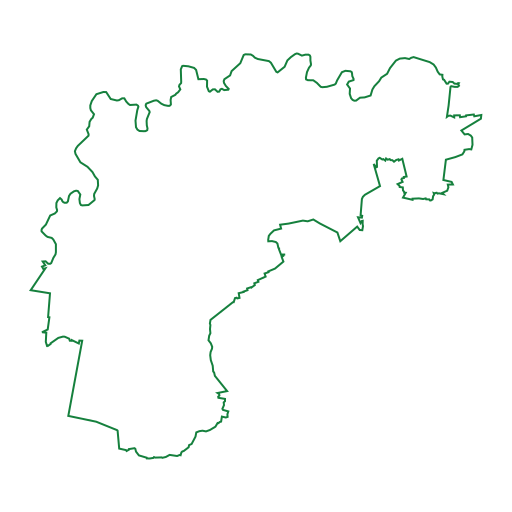 outline of José Sixto Verduzco, Michoacán, Mexico
{"feature_id": "50627088B2791388082970", "entity_name": "José Sixto Verduzco", "entity_type": "district", "adm_level": 2, "iso_a3": "MEX", "parent_name": "Mexico", "parent_adm1": "Michoacán", "projection": "albers", "projection_center": [-101.555, 20.242], "detail": "fine", "context": "isolated", "style": "outline", "palette": "green", "viewbox_px": 512, "rotation_deg": 0, "n_neighbors": 0, "source": "geoboundaries", "source_scale": "gbopen_adm2", "svg_char_len": 5893}
<svg xmlns="http://www.w3.org/2000/svg" viewBox="0 0 512 512"><path d="M439.7,74.4L437.7,71.7L435.9,67.6L433.6,64.5L429.7,62.1L413.6,57.1L411.2,57.8L409.2,59.0L405.0,58.1L399.8,58.6L395.9,60.6L390.0,68.1L387.1,73.8L381.3,77.6L379.1,81.2L374.4,86.2L372.4,89.5L370.6,95.5L364.6,97.4L360.0,97.7L356.1,100.6L354.3,100.7L352.6,99.9L351.1,98.2L349.7,93.9L350.0,88.5L347.1,84.5L348.8,81.6L353.5,80.1L353.6,79.0L352.3,76.1L352.0,73.2L351.7,72.1L350.5,71.3L345.4,70.8L341.9,72.2L337.1,80.4L335.8,83.6L334.6,84.6L326.9,86.8L322.3,87.2L320.7,86.8L316.9,82.9L313.3,80.3L307.9,80.2L306.1,79.4L305.9,77.7L307.0,72.1L309.0,67.7L310.8,65.4L311.0,64.2L310.4,60.5L310.4,56.8L309.9,55.5L308.6,54.7L305.3,54.7L301.9,55.6L298.0,53.7L296.7,53.5L295.1,54.1L290.9,57.1L287.4,60.4L284.6,66.8L277.6,72.4L276.3,71.8L270.9,62.7L268.9,61.1L257.8,59.0L254.9,57.7L253.0,55.8L250.8,54.5L245.3,54.3L243.7,55.0L240.3,63.2L231.6,71.1L230.1,75.4L224.4,79.2L223.7,81.1L224.0,82.9L225.8,85.9L228.7,88.9L228.3,89.7L224.2,90.1L221.9,88.8L220.5,89.3L219.2,91.6L217.6,91.8L214.9,89.3L212.8,89.4L209.9,91.7L208.8,91.2L207.0,86.7L207.1,80.6L206.0,79.5L203.8,79.0L198.4,79.2L196.1,69.9L194.1,67.9L188.4,66.3L183.1,65.8L182.1,66.2L180.8,69.4L181.2,81.8L181.1,83.1L179.5,84.8L179.0,86.4L180.3,89.4L178.1,92.3L176.1,93.7L175.4,94.8L171.2,97.0L170.6,100.0L170.9,104.4L170.3,105.3L169.2,105.9L167.6,105.8L164.2,105.1L161.3,103.7L157.7,100.8L156.2,100.3L153.9,100.7L146.4,103.6L145.9,104.3L145.7,105.6L146.2,107.2L149.3,110.9L149.7,112.1L146.9,119.0L146.6,121.0L146.8,125.3L147.5,128.5L147.2,130.2L145.6,131.1L144.0,131.2L139.5,131.0L137.4,129.6L136.0,127.2L135.5,120.6L137.3,110.1L138.4,106.7L138.0,105.7L136.4,104.6L130.0,105.0L128.4,103.9L126.2,101.5L124.3,98.3L122.2,98.3L118.9,100.2L116.9,100.5L110.7,99.0L106.2,92.1L103.4,92.0L96.4,94.2L91.8,101.0L90.3,105.4L90.3,108.1L90.9,110.3L94.0,114.2L92.7,117.7L91.3,119.0L89.6,121.8L89.2,126.3L86.8,129.6L88.6,134.2L88.5,135.7L77.8,145.9L76.1,148.3L74.9,151.2L75.5,153.9L80.4,162.3L87.5,166.8L92.5,172.1L94.9,176.4L97.8,179.8L98.1,185.4L97.2,188.5L94.2,193.9L94.0,195.9L94.7,199.1L94.5,200.1L88.5,205.0L82.3,205.4L80.9,205.0L79.9,203.1L79.4,199.1L80.3,194.5L77.8,191.0L76.1,190.7L74.0,191.3L70.5,193.7L69.0,196.0L67.9,201.4L66.7,202.7L64.8,202.8L63.3,202.2L62.3,201.1L61.7,199.6L60.0,198.1L57.7,200.4L56.4,203.0L56.3,207.4L57.1,210.1L56.9,211.4L54.8,213.5L50.2,215.5L45.9,224.6L42.0,228.6L41.5,230.1L41.6,231.4L45.6,235.5L47.5,236.9L51.7,237.9L53.3,239.5L55.9,244.2L55.9,252.2L55.5,254.4L53.4,257.8L51.2,263.1L50.1,263.8L48.1,263.7L45.6,261.3L42.7,261.5L45.3,265.3L42.0,266.6L43.3,268.9L45.4,268.3L30.7,290.2L50.0,293.3L48.1,317.1L49.4,317.3L47.7,329.5L42.7,331.9L42.8,332.3L46.3,332.7L45.8,341.9L47.0,345.8L47.6,345.5L47.9,345.9L50.6,344.0L50.6,343.3L58.3,337.9L63.0,336.6L64.7,336.7L69.2,338.7L69.8,340.7L71.7,340.8L71.8,340.1L78.8,343.5L79.4,340.6L82.2,340.7L68.3,415.9L96.2,421.7L117.2,430.2L117.6,430.7L119.2,448.6L126.0,450.1L126.6,451.0L128.9,449.7L128.9,449.1L134.5,448.2L135.3,448.8L136.0,451.6L138.9,455.4L146.7,457.7L146.8,458.4L149.7,458.5L153.4,457.9L154.0,457.1L155.2,457.6L161.7,457.4L162.3,457.8L165.8,457.0L169.6,454.9L177.1,456.0L179.9,454.9L180.6,455.2L181.4,452.4L182.4,451.4L183.6,451.1L188.6,447.3L189.1,445.1L191.6,444.0L195.5,436.6L196.3,432.4L199.3,431.2L202.5,430.7L206.0,431.4L209.9,430.0L215.4,426.7L217.6,423.0L218.4,423.2L219.7,422.0L221.1,421.6L221.9,416.6L225.8,417.5L227.6,416.9L227.4,414.3L228.3,411.4L223.0,409.9L222.4,408.8L224.0,405.1L223.7,402.4L225.0,401.2L225.0,398.9L218.4,397.8L218.2,396.7L219.4,395.5L219.1,394.0L217.6,393.0L227.1,391.1L214.9,375.9L214.1,372.5L213.2,371.5L212.7,365.7L210.8,360.1L210.2,355.2L210.6,352.0L212.0,348.7L212.2,346.8L210.8,343.3L208.5,340.3L209.2,335.7L210.4,333.2L210.0,329.1L210.4,325.0L209.9,323.5L210.5,319.9L232.9,302.2L233.7,302.2L235.0,298.1L236.6,297.7L237.3,298.4L239.5,297.9L238.7,293.2L243.6,292.0L243.5,291.6L247.5,290.2L247.1,288.5L251.0,287.2L251.3,287.6L254.8,285.1L254.3,283.3L258.4,281.8L257.8,280.1L265.6,276.6L264.6,273.5L268.5,272.2L268.3,271.4L275.0,268.6L283.4,261.6L281.7,257.0L283.4,255.8L283.3,254.6L285.2,254.5L282.3,254.5L281.7,254.9L281.6,254.3L281.3,255.3L279.0,249.3L279.1,248.4L278.4,247.9L277.4,243.5L275.8,242.0L272.0,241.1L268.3,241.3L268.2,239.8L268.8,235.9L270.4,233.8L274.0,230.4L281.1,228.6L280.1,224.7L288.5,223.6L302.9,220.6L307.7,221.3L313.3,219.5L319.9,223.5L337.4,232.5L340.3,241.2L357.2,226.6L359.7,230.0L362.3,230.2L363.0,226.1L362.6,224.1L362.7,220.8L361.8,221.0L360.5,223.1L358.0,217.3L361.9,217.6L362.2,215.8L360.6,215.3L361.9,199.0L362.9,196.8L364.9,194.8L380.0,186.1L373.7,164.0L376.2,167.3L377.0,166.9L376.8,160.7L378.5,158.4L379.7,157.8L382.3,159.5L383.3,159.1L385.3,160.6L386.1,158.5L387.7,159.7L389.7,159.1L390.5,160.1L392.4,160.2L394.0,161.7L396.2,160.0L398.5,159.3L398.9,160.5L402.3,158.8L406.6,176.5L403.8,177.0L403.9,178.0L401.9,178.5L401.4,179.4L402.6,181.9L397.6,184.1L399.6,186.0L399.7,187.0L402.8,187.4L403.0,190.4L404.2,191.9L404.2,192.7L405.7,192.8L403.0,197.6L412.5,199.8L412.5,198.7L419.0,198.4L423.1,199.0L425.7,198.4L426.1,199.3L429.3,199.4L429.9,200.4L430.8,200.5L432.6,199.4L433.1,196.2L434.2,194.5L433.7,193.0L434.6,193.3L436.5,192.7L436.2,192.2L437.5,193.6L439.0,193.3L443.5,194.2L442.2,192.9L447.2,190.7L448.4,187.3L447.8,184.6L452.9,184.5L451.6,181.9L443.4,180.0L445.9,159.7L455.3,157.1L462.4,154.4L464.3,151.4L464.5,149.8L469.1,149.1L471.3,149.4L472.5,144.8L472.2,137.5L470.8,135.6L468.1,134.0L464.6,134.4L461.4,130.5L480.9,118.7L481.3,115.0L474.3,116.3L473.8,114.5L466.1,115.4L466.0,116.3L460.1,117.2L459.8,115.3L454.2,115.4L454.2,117.4L450.4,115.6L448.4,115.8L446.9,116.9L448.6,105.6L450.5,86.9L451.2,86.2L454.8,86.9L457.6,86.9L459.0,85.7L458.2,84.2L458.8,83.2L458.1,83.1L457.4,83.9L454.4,83.6L452.7,82.0L449.4,81.7L447.9,83.7L446.6,83.7L444.1,79.8L443.0,79.4L442.3,76.6L442.4,74.8L439.7,74.4Z" fill="none" stroke="#15803d" stroke-width="2"/></svg>